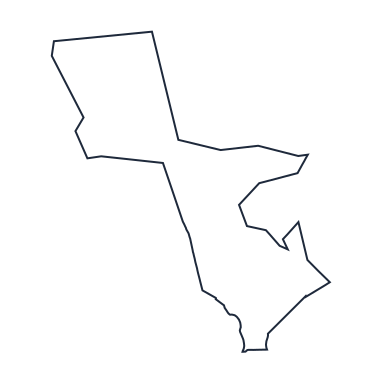 the district of San Andrés Ixtlahuaca, Oaxaca, Mexico, rotated 87°
{"feature_id": "50627088B44383095655598", "entity_name": "San Andrés Ixtlahuaca", "entity_type": "district", "adm_level": 2, "iso_a3": "MEX", "parent_name": "Mexico", "parent_adm1": "Oaxaca", "projection": "mercator", "projection_center": [-96.838, 17.059], "detail": "fine", "context": "isolated", "style": "outline", "palette": "slate", "viewbox_px": 384, "rotation_deg": 87, "n_neighbors": 0, "source": "geoboundaries", "source_scale": "gbopen_adm2", "svg_char_len": 1688}
<svg xmlns="http://www.w3.org/2000/svg" viewBox="0 0 384 384"><g transform="rotate(87 192 192)"><path d="M48.7,324.9L111.9,296.4L125.1,305.2L152.9,294.7L151.6,280.8L155.7,255.3L161.5,219.5L186.2,212.5L221.1,202.7L224.0,201.4L226.1,200.6L227.4,200.0L229.1,199.6L232.9,197.7L233.5,197.5L237.1,196.7L238.3,196.3L250.2,194.4L252.0,194.2L253.4,193.8L255.3,193.5L258.8,192.8L262.2,192.3L268.8,190.9L269.9,190.8L273.3,190.2L279.6,188.9L281.3,188.6L281.8,188.5L286.8,187.5L290.8,186.7L299.0,173.8L299.3,173.6L300.3,173.9L306.7,166.2L306.8,166.0L309.5,165.4L310.0,165.0L310.3,164.9L311.7,164.0L314.0,162.7L315.1,162.0L315.8,161.3L316.5,160.5L316.5,160.0L316.5,159.0L316.6,158.1L316.9,157.2L317.3,155.8L317.6,155.5L317.8,155.2L318.2,154.7L318.9,153.9L319.4,153.5L320.1,153.0L320.4,152.8L320.7,152.6L321.4,152.1L321.5,152.1L321.8,151.8L322.4,151.6L322.5,151.6L323.5,151.2L324.9,150.7L327.5,150.4L329.7,150.4L330.6,150.8L331.9,151.2L332.6,151.5L334.2,151.3L338.3,149.8L341.1,148.8L342.5,148.4L345.9,148.0L348.5,147.9L351.1,148.5L353.3,149.6L354.2,149.9L354.2,146.9L352.7,145.0L352.6,143.8L352.9,139.0L353.0,134.9L353.1,131.8L353.2,128.9L353.3,126.8L353.3,125.3L351.7,125.8L350.1,126.0L348.3,126.1L344.9,125.5L341.0,124.0L339.3,123.6L337.5,123.6L302.0,84.0L302.7,83.9L291.8,63.5L289.3,59.1L283.1,64.8L277.6,69.9L267.7,78.7L265.9,80.3L227.6,87.3L239.2,98.8L243.9,103.7L254.3,99.4L250.3,107.3L238.2,116.8L234.0,120.2L228.9,138.9L207.3,145.7L186.7,124.4L185.8,119.9L179.5,89.6L179.0,87.0L178.8,86.3L178.8,86.1L178.7,85.6L170.0,80.2L166.9,78.2L164.7,76.9L160.8,74.4L161.6,84.0L149.3,123.5L151.6,161.2L139.2,202.9L29.8,223.6L34.2,322.0L48.7,324.9Z" fill="none" stroke="#1e293b" stroke-width="2"/></g></svg>